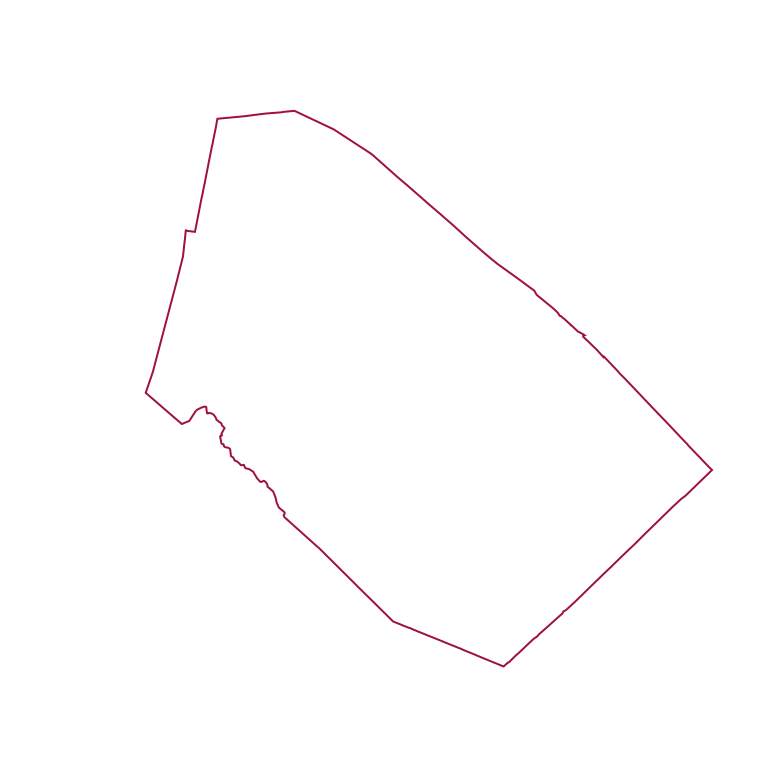 Melchor Ocampo, Nuevo León, Mexico (orthographic projection), rotated 42°
{"feature_id": "50627088B70877597446889", "entity_name": "Melchor Ocampo", "entity_type": "district", "adm_level": 2, "iso_a3": "MEX", "parent_name": "Mexico", "parent_adm1": "Nuevo León", "projection": "orthographic", "projection_center": [-99.496, 26.046], "detail": "fine", "context": "isolated", "style": "outline", "palette": "rose", "viewbox_px": 768, "rotation_deg": 42, "n_neighbors": 0, "source": "geoboundaries", "source_scale": "gbopen_adm2", "svg_char_len": 3556}
<svg xmlns="http://www.w3.org/2000/svg" viewBox="0 0 768 768"><g transform="rotate(42 384 384)"><path d="M456.7,214.7L437.9,215.6L433.3,214.1L413.6,216.0L398.1,217.7L388.3,218.8L378.7,219.3L369.4,219.6L346.8,219.9L335.1,219.8L325.6,219.8L322.9,219.9L315.4,220.0L314.2,220.0L294.0,220.5L286.6,220.5L277.0,220.7L268.7,220.8L255.2,221.2L221.2,221.4L176.4,228.4L134.7,240.9L129.1,247.0L127.1,249.2L126.0,250.7L115.0,262.3L108.4,269.9L101.3,278.2L82.7,298.4L87.8,306.6L93.9,317.0L96.5,321.2L96.6,321.7L105.2,336.1L116.0,354.1L121.4,363.4L121.9,363.9L122.5,365.2L124.1,368.0L141.7,397.4L138.2,399.9L135.9,401.4L135.4,401.9L134.8,402.2L134.3,402.1L133.9,402.5L138.8,409.1L142.3,414.1L149.2,423.6L160.3,444.5L160.5,444.9L160.9,445.6L189.0,500.3L204.2,529.8L212.7,549.7L212.8,550.0L248.2,549.3L260.6,549.0L260.9,548.3L261.2,547.5L262.3,545.2L263.3,543.2L263.7,542.7L264.1,541.6L263.8,540.3L262.2,530.3L262.4,528.0L263.1,526.2L264.2,523.5L265.5,521.3L266.4,520.3L267.0,520.1L267.5,520.2L268.1,520.7L269.5,522.1L271.4,523.6L272.1,524.1L272.5,524.0L272.9,523.6L273.0,523.0L273.5,522.4L274.3,522.0L274.9,521.6L276.3,521.1L277.2,520.9L278.0,520.9L279.0,521.0L280.3,521.3L281.4,521.6L282.4,522.0L283.6,522.7L284.8,522.5L286.9,522.5L288.7,522.1L290.0,522.3L291.0,523.0L291.7,523.2L295.0,523.4L296.0,527.7L296.6,530.0L297.3,530.3L297.9,530.6L297.9,530.8L297.9,531.2L297.3,532.0L297.3,532.5L297.7,533.0L299.2,534.1L302.8,536.8L303.4,537.0L304.3,536.7L304.9,536.2L305.3,536.3L306.7,537.3L307.5,537.4L308.5,537.1L310.5,535.8L311.7,535.4L312.7,535.3L313.4,535.5L318.6,540.0L320.5,539.6L321.4,539.6L322.9,540.2L323.8,540.6L324.5,540.7L325.4,540.3L326.1,540.0L328.8,539.8L330.4,539.9L331.2,540.0L332.0,540.1L332.3,539.9L332.9,539.1L333.6,538.2L334.0,538.0L334.4,538.0L335.6,538.7L337.0,539.2L337.6,539.2L340.7,537.5L345.4,536.7L352.8,539.0L357.3,539.5L358.4,538.9L358.7,538.3L359.2,536.7L359.9,536.2L361.2,536.0L362.6,536.2L363.9,536.5L364.9,537.0L366.1,538.2L367.5,538.2L368.7,538.1L369.8,538.0L370.8,538.2L372.2,538.0L373.5,538.0L376.5,539.5L379.3,540.9L384.3,544.4L386.4,545.1L388.4,546.2L395.4,545.9L396.0,546.1L396.5,546.3L396.9,546.8L397.2,547.4L397.1,548.1L397.1,548.5L397.5,548.9L399.3,549.6L444.9,549.5L445.9,549.4L449.4,549.6L476.1,550.9L494.4,551.8L506.0,552.4L520.4,553.0L528.8,553.4L549.7,554.4L555.6,552.2L560.2,550.6L565.4,548.6L567.1,547.8L569.7,547.0L575.4,545.0L580.3,543.2L586.4,541.0L592.0,538.9L605.1,534.2L613.5,531.1L617.9,529.5L620.7,528.6L632.4,524.4L638.8,522.2L661.9,513.9L662.5,508.0L663.1,507.3L663.2,504.9L663.5,498.6L664.1,493.6L665.7,473.6L666.3,470.8L666.7,469.7L666.7,468.5L666.7,466.8L666.7,465.7L667.8,456.7L670.1,434.9L669.5,433.0L669.5,432.6L669.9,431.9L670.3,431.2L670.6,429.6L671.8,416.4L672.4,407.0L673.0,397.4L674.1,381.3L674.4,376.6L675.2,366.9L675.3,364.4L676.1,352.3L676.9,341.9L677.4,336.0L678.0,324.0L678.7,313.1L679.9,295.1L680.6,283.7L681.0,279.0L681.6,272.2L682.0,269.1L682.6,266.8L682.9,264.2L685.3,228.4L681.2,228.3L668.4,227.3L651.2,226.1L650.2,225.8L638.9,225.0L621.0,223.5L598.6,221.9L569.6,219.6L557.3,218.7L553.0,218.5L547.6,217.9L529.1,216.5L529.2,217.2L519.5,216.2L513.6,216.0L509.2,215.8L500.4,215.6L500.0,215.2L499.7,214.9L499.8,214.6L500.1,214.0L500.4,213.6L498.9,213.7L496.9,214.2L494.4,214.8L493.2,215.2L492.1,215.2L484.2,215.0L483.5,215.4L482.9,215.0L482.1,215.0L481.4,215.1L480.2,215.1L476.4,215.0L474.3,215.0L472.2,215.2L471.1,215.2L470.2,215.1L469.5,215.5L469.0,215.7L468.5,215.7L467.7,215.4L467.1,215.1L464.6,214.7L461.3,214.6L459.0,214.6L456.7,214.7Z" fill="none" stroke="#9f1239" stroke-width="2"/></g></svg>